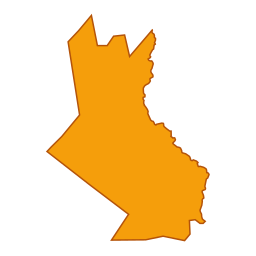 the district of Strafford, New Hampshire, United States of America
{"feature_id": "52423323B44709532305945", "entity_name": "Strafford", "entity_type": "district", "adm_level": 2, "iso_a3": "USA", "parent_name": "United States of America", "parent_adm1": "New Hampshire", "projection": "robinson", "projection_center": [-70.925, 43.327], "detail": "fine", "context": "isolated", "style": "filled", "palette": "amber", "viewbox_px": 256, "rotation_deg": 0, "n_neighbors": 0, "source": "geoboundaries", "source_scale": "gbopen_adm2", "svg_char_len": 2290}
<svg xmlns="http://www.w3.org/2000/svg" viewBox="0 0 256 256"><path d="M152.6,29.9L152.4,29.8L129.6,56.5L124.6,35.0L113.6,36.2L107.2,45.6L97.4,45.6L91.4,15.4L78.5,30.8L68.1,41.8L79.6,115.0L61.8,136.5L51.2,147.0L47.0,151.5L89.1,184.3L91.2,185.9L128.6,214.3L111.5,240.1L133.8,239.9L145.6,239.8L163.0,236.2L184.6,240.6L190.0,234.1L189.4,220.5L195.2,219.7L200.0,223.4L203.1,223.4L205.2,221.3L202.6,219.3L202.2,218.4L201.7,216.8L201.5,214.1L200.4,211.9L200.0,210.2L201.8,205.2L202.3,201.3L202.1,200.1L202.8,198.7L203.3,198.4L203.7,198.2L203.8,197.6L203.4,195.2L202.1,192.0L202.2,191.1L202.5,190.7L203.8,190.0L204.9,189.7L205.4,189.1L205.5,188.1L205.1,187.4L205.0,187.0L204.9,186.0L206.3,179.2L206.6,178.8L207.7,178.0L209.0,174.7L209.0,174.3L208.4,173.4L208.1,173.0L207.3,172.6L206.8,172.6L206.5,169.9L206.0,168.8L205.9,168.7L204.0,167.5L203.9,167.5L203.3,167.2L202.6,167.0L202.2,166.9L200.1,166.3L198.7,166.6L198.2,166.3L197.3,163.7L197.3,163.2L197.8,162.9L198.0,162.5L196.5,161.1L193.3,159.9L192.1,160.7L191.0,160.2L190.5,159.7L190.4,158.6L189.8,157.0L189.1,156.1L188.9,156.0L185.7,153.8L182.3,152.8L181.9,152.4L181.6,150.5L180.5,148.1L179.2,147.4L176.9,146.9L176.0,146.1L173.3,144.0L172.8,143.1L174.1,141.6L175.0,140.7L175.4,139.6L174.7,137.9L173.9,137.8L172.8,138.0L171.9,137.1L170.9,136.4L171.2,135.6L171.1,131.1L169.8,131.1L169.5,130.9L166.8,128.9L166.7,128.8L164.1,126.6L163.8,126.0L163.6,124.4L163.4,123.4L161.8,123.1L156.5,124.3L155.9,125.0L154.6,124.3L154.1,122.9L153.2,121.4L151.8,121.0L150.7,120.1L148.4,115.0L147.8,113.6L148.1,111.4L147.3,109.4L145.3,106.4L144.3,105.3L144.4,105.0L143.9,103.9L143.7,103.6L143.7,101.6L144.0,100.5L143.1,99.2L143.1,98.3L143.2,97.4L144.9,96.8L145.0,95.4L144.9,94.7L143.8,93.7L143.5,92.8L143.3,89.0L143.4,87.9L144.9,85.6L146.7,84.4L147.9,83.9L149.3,82.7L150.3,81.0L149.9,79.4L150.1,78.5L152.9,76.9L153.0,75.9L152.7,74.7L151.2,72.7L150.8,71.3L151.0,69.9L151.9,68.5L153.2,63.9L152.8,62.5L151.7,60.9L151.1,61.1L149.3,60.6L148.6,60.1L148.1,59.0L150.4,57.5L150.6,56.6L150.0,56.0L149.8,55.0L150.9,52.7L152.6,49.7L153.6,49.0L154.1,45.0L155.3,44.2L155.1,43.5L154.5,42.8L155.5,40.1L155.5,38.3L154.5,37.6L154.4,37.2L154.4,35.5L154.0,34.2L152.4,33.0L152.1,32.5L152.0,31.8L152.1,30.9L152.5,29.9L152.6,29.9Z" fill="#f59e0b" stroke="#b45309" stroke-width="1.5"/></svg>